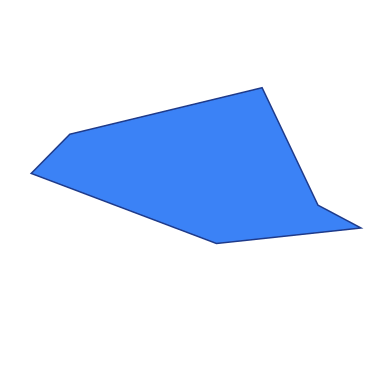 Falls Church, Virginia, United States of America (Equal Earth projection), rotated 155°
{"feature_id": "52423323B27859603435380", "entity_name": "Falls Church", "entity_type": "district", "adm_level": 2, "iso_a3": "USA", "parent_name": "United States of America", "parent_adm1": "Virginia", "projection": "equal_earth", "projection_center": [-77.175, 38.886], "detail": "fine", "context": "isolated", "style": "filled", "palette": "blue", "viewbox_px": 384, "rotation_deg": 155, "n_neighbors": 0, "source": "geoboundaries", "source_scale": "gbopen_adm2", "svg_char_len": 251}
<svg xmlns="http://www.w3.org/2000/svg" viewBox="0 0 384 384"><g transform="rotate(155 192 192)"><path d="M191.6,135.0L54.1,88.0L83.4,126.8L84.4,256.9L278.3,296.0L329.9,276.8L191.6,135.0Z" fill="#3b82f6" stroke="#1e3a8a" stroke-width="1.5"/></g></svg>